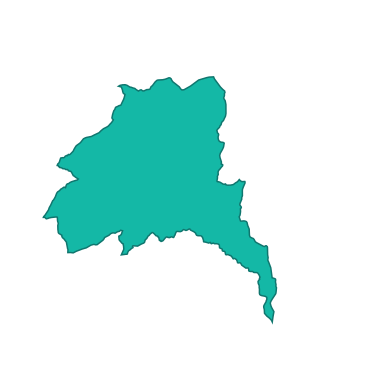 the district of San Bernardo, Nariño, Colombia, rotated 28°
{"feature_id": "7082276B75597823165208", "entity_name": "San Bernardo", "entity_type": "district", "adm_level": 2, "iso_a3": "COL", "parent_name": "Colombia", "parent_adm1": "Nariño", "projection": "equal_earth", "projection_center": [-77.01, 1.531], "detail": "fine", "context": "isolated", "style": "filled", "palette": "teal", "viewbox_px": 384, "rotation_deg": 28, "n_neighbors": 0, "source": "geoboundaries", "source_scale": "gbopen_adm2", "svg_char_len": 6013}
<svg xmlns="http://www.w3.org/2000/svg" viewBox="0 0 384 384"><g transform="rotate(28 192 192)"><path d="M77.5,133.1L80.4,132.5L82.7,134.6L83.8,136.0L85.2,137.2L87.0,137.3L87.7,139.9L88.1,142.1L88.4,148.8L87.0,150.0L86.4,151.0L84.9,152.9L84.8,153.9L85.1,155.3L84.8,157.1L85.6,161.2L86.5,164.1L87.3,164.8L88.6,165.1L88.7,166.1L88.5,166.7L88.4,168.4L87.9,169.9L87.3,172.5L87.0,173.4L86.1,174.9L84.1,177.7L82.9,180.6L82.1,183.3L78.8,187.7L77.1,190.2L73.2,193.4L72.3,194.4L71.2,196.0L70.4,200.4L70.0,201.6L68.4,204.8L68.0,205.9L67.8,209.0L67.9,211.9L66.7,216.0L66.4,216.5L65.2,216.9L64.9,218.4L64.4,218.4L63.3,219.8L63.1,221.2L62.6,222.0L61.5,222.5L60.1,223.7L60.9,228.4L60.3,230.4L60.5,231.7L60.8,231.5L61.5,231.5L62.0,232.1L62.3,232.2L63.0,231.9L63.6,232.5L65.4,231.9L66.0,231.9L66.7,232.1L67.4,231.9L68.4,231.3L70.3,231.4L71.2,230.7L71.7,230.6L72.9,231.3L75.4,230.7L76.6,231.3L79.5,233.3L81.0,233.3L81.8,233.6L85.5,233.9L85.1,235.2L81.1,239.2L79.9,240.7L79.1,242.5L78.1,243.4L77.8,244.2L77.8,245.2L78.3,247.6L76.8,247.7L76.5,248.1L75.4,250.3L74.7,251.3L74.5,252.8L73.3,255.0L73.1,256.6L73.6,260.6L73.5,264.0L73.1,265.1L73.4,270.0L73.3,272.7L73.7,275.3L73.1,281.5L72.6,283.4L72.7,284.2L74.0,283.5L75.9,284.1L77.3,282.9L77.8,282.2L79.7,280.6L83.5,278.0L84.6,277.5L85.0,277.6L86.9,280.7L88.6,282.4L89.3,284.7L91.3,288.2L93.1,290.7L94.0,291.1L97.4,291.3L97.7,292.0L98.7,292.9L99.3,293.2L100.6,293.4L104.6,295.2L108.8,300.5L109.5,301.0L110.8,303.8L113.1,302.5L115.7,301.5L117.7,298.6L122.0,293.7L124.9,290.9L127.7,286.4L129.7,284.5L130.2,284.2L131.7,283.9L133.0,283.0L136.0,276.4L136.3,274.6L136.2,273.3L136.4,272.9L139.0,269.2L139.8,266.9L141.3,265.2L143.5,264.4L145.0,261.9L146.0,261.2L146.5,260.6L146.9,259.3L148.9,258.8L149.5,262.8L148.8,264.4L148.1,265.4L149.7,267.8L150.1,268.4L151.1,269.0L151.5,269.0L153.9,270.0L154.9,270.2L155.7,270.1L156.0,270.8L156.9,271.8L158.5,274.3L158.7,275.0L159.1,280.7L162.7,278.1L163.8,277.5L164.0,276.8L163.6,275.9L163.6,273.8L164.7,271.7L165.0,270.4L165.7,269.3L166.0,268.8L165.0,267.9L165.1,267.2L169.4,265.3L171.8,261.6L173.4,259.7L173.7,258.3L173.3,257.3L173.2,256.3L173.9,254.2L173.9,251.6L174.5,250.5L174.8,248.8L175.8,246.5L176.4,246.3L177.8,246.5L180.8,247.5L182.5,247.1L183.1,247.7L183.9,247.7L184.1,247.9L185.9,250.0L186.1,250.1L187.1,249.5L187.7,250.2L187.9,250.2L188.7,249.4L189.3,248.5L189.9,245.4L190.3,244.2L190.6,243.7L191.2,243.4L192.4,243.4L193.0,242.9L193.7,242.8L194.4,241.8L195.1,241.1L196.8,241.0L197.1,240.7L197.2,239.9L197.0,239.2L197.2,237.9L197.0,237.2L196.8,235.1L196.9,234.4L197.3,233.8L200.3,232.5L201.3,231.4L202.0,229.4L202.4,229.0L204.7,228.8L205.5,228.0L206.6,226.3L207.4,225.7L208.6,226.3L212.3,226.2L214.4,226.6L215.6,227.6L216.4,228.0L217.5,227.9L220.4,226.5L221.2,226.5L222.9,227.4L225.2,229.7L225.5,230.4L225.8,230.5L227.5,229.9L230.8,229.2L231.7,228.0L231.9,227.9L232.8,228.5L233.3,228.6L234.8,227.1L236.1,227.1L238.2,226.0L239.4,225.7L240.3,225.7L241.0,226.0L242.5,228.3L243.8,228.4L244.6,228.2L245.3,228.3L245.6,228.4L246.3,229.6L247.2,229.7L248.3,229.2L249.0,229.3L249.5,229.6L250.7,231.1L251.1,231.4L251.7,231.4L252.2,230.9L253.4,230.3L254.8,230.3L256.2,229.9L257.1,230.5L258.3,230.7L259.5,231.6L259.9,231.6L260.7,230.8L261.1,230.6L263.1,230.9L264.2,231.7L265.4,233.0L266.0,233.0L267.5,232.0L268.2,231.9L270.4,233.3L275.3,233.9L276.7,233.0L277.3,232.8L278.5,233.8L278.9,234.7L279.6,235.1L281.3,234.6L282.4,233.9L282.9,233.8L284.4,234.0L286.9,232.8L287.6,232.6L288.1,232.7L290.1,233.7L292.0,235.3L292.1,236.7L292.7,237.2L292.7,237.6L292.3,238.6L292.4,240.2L293.6,241.8L295.1,242.9L295.5,243.4L296.1,244.7L297.2,246.2L299.0,249.7L299.9,250.7L300.7,250.9L302.0,250.8L305.7,249.7L307.5,249.9L308.5,251.7L308.6,253.2L308.9,253.9L308.8,258.3L309.0,259.3L309.6,260.3L311.0,261.8L313.0,265.1L316.3,266.4L319.5,267.0L321.4,267.6L322.6,268.1L323.9,269.1L322.1,264.2L320.5,259.2L316.8,256.8L315.3,255.6L313.6,253.8L313.2,253.0L313.0,251.6L313.1,248.9L313.7,242.5L313.2,240.9L311.5,236.8L310.3,235.9L309.7,234.4L308.2,232.6L307.7,231.8L307.2,230.4L306.6,229.7L305.9,229.6L303.0,230.1L297.1,221.9L292.7,218.0L290.9,216.6L290.0,214.2L288.3,212.0L284.7,205.6L284.1,204.9L282.8,204.6L282.2,205.0L281.6,206.1L280.5,206.4L272.7,206.4L271.2,206.2L269.2,204.8L268.0,204.3L266.0,204.5L264.3,204.4L263.0,203.2L259.9,197.9L257.0,195.5L254.9,193.1L253.9,192.6L252.3,192.8L251.3,193.2L248.8,194.8L248.4,194.8L245.3,191.8L245.3,190.1L244.7,188.2L244.1,186.6L242.6,184.0L242.9,183.1L242.7,182.3L242.0,181.8L240.5,181.1L239.9,180.3L239.7,178.9L239.3,175.0L238.5,173.6L238.3,171.7L235.8,167.1L235.3,165.9L235.0,163.8L234.6,159.2L234.0,158.1L233.7,157.9L231.2,159.4L229.5,159.4L227.9,158.8L227.5,160.9L227.1,162.0L226.2,163.4L225.0,166.0L223.0,167.7L220.2,169.3L218.6,169.7L218.0,169.2L217.6,169.2L217.1,169.9L215.9,170.4L212.2,170.2L210.3,170.6L209.5,171.0L209.3,170.9L208.8,170.5L207.9,167.6L207.1,166.4L206.9,164.1L206.0,162.8L205.5,161.6L205.5,160.1L206.0,158.3L206.2,156.6L206.7,154.8L206.5,153.7L206.0,153.4L204.8,153.7L204.6,153.5L203.9,151.7L200.5,148.4L199.2,146.6L198.8,144.4L198.9,140.0L198.7,137.4L197.5,133.8L197.2,133.6L196.1,133.6L193.8,134.5L191.9,134.2L191.5,133.9L191.0,133.6L189.7,132.1L189.0,130.6L188.8,129.3L188.5,128.7L188.0,128.2L186.7,127.8L185.5,126.4L185.0,126.0L185.2,124.3L185.9,122.0L185.7,120.0L186.1,119.1L185.5,116.6L186.2,114.1L186.0,111.1L186.0,109.6L185.8,108.8L185.1,106.7L180.9,98.9L178.6,96.0L176.1,94.4L175.8,94.0L175.4,91.7L174.4,89.8L174.4,88.7L173.4,87.5L171.0,87.0L167.9,86.0L158.7,81.6L157.0,80.2L153.2,82.5L151.2,84.2L145.3,90.0L141.0,99.1L136.9,105.5L135.2,106.6L133.9,106.4L131.3,105.1L123.4,103.7L121.6,102.8L120.5,101.9L119.3,101.6L118.1,101.9L115.4,105.0L113.2,106.8L109.4,109.1L108.6,109.9L107.8,112.1L107.1,116.7L106.5,118.0L106.4,118.7L106.6,120.7L106.4,121.2L105.3,122.0L103.9,122.9L102.1,125.3L100.8,125.9L99.3,125.6L98.4,126.2L97.3,128.0L94.7,127.8L92.9,127.4L90.7,127.9L89.4,128.0L87.8,128.5L84.4,128.3L82.6,128.7L80.5,129.9L78.4,131.6L77.5,133.1Z" fill="#14b8a6" stroke="#0f766e" stroke-width="1.5"/></g></svg>